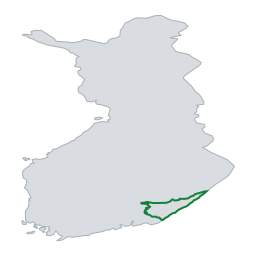 Finland, with South Karelia highlighted
{"feature_id": "FIN-3188", "entity_name": "South Karelia", "entity_type": "Province", "adm_level": 1, "iso_a3": "FIN", "parent_name": "Finland", "parent_adm1": "", "projection": "equal_earth", "projection_center": [28.093, 61.258], "detail": "fine", "context": "in_parent", "style": "outline", "palette": "green", "viewbox_px": 256, "rotation_deg": 0, "n_neighbors": 0, "source": "natural_earth", "source_scale": "10m", "svg_char_len": 5287}
<svg xmlns="http://www.w3.org/2000/svg" viewBox="0 0 256 256"><path d="M87.0,101.4L85.1,97.4L82.4,94.0L79.4,93.1L78.5,91.8L78.1,89.1L78.7,87.0L82.0,85.0L82.7,82.2L84.6,80.0L83.8,78.6L78.8,74.7L78.1,73.4L77.9,71.2L80.9,69.3L80.2,67.3L74.8,66.5L75.1,65.4L76.7,63.4L75.9,61.7L76.1,58.1L78.8,56.5L75.7,55.2L72.9,52.9L70.3,52.8L68.7,50.4L64.2,48.2L48.0,45.1L38.0,41.8L32.9,39.1L27.9,37.5L27.6,36.1L22.5,35.0L23.5,34.3L27.6,34.3L30.9,34.9L32.1,34.1L30.9,32.1L31.2,31.5L35.1,30.4L41.3,30.4L54.2,38.5L56.1,41.2L68.7,42.1L70.0,42.7L73.5,42.6L80.8,41.3L83.7,39.5L86.4,39.6L104.3,43.7L107.1,42.8L108.8,40.3L110.3,39.2L112.4,38.4L116.6,37.9L119.9,35.9L120.4,30.2L122.0,28.6L125.2,23.1L130.8,20.6L135.0,18.1L139.0,17.8L146.3,18.3L155.1,15.7L160.7,15.4L170.5,19.9L184.3,22.7L188.0,26.5L186.2,28.1L178.8,32.3L178.6,33.4L181.1,35.3L170.6,37.6L171.4,38.2L176.9,38.5L177.6,39.3L171.9,44.8L171.7,45.8L175.9,51.7L188.5,54.3L192.0,57.0L201.1,62.3L200.2,64.8L186.8,74.1L183.8,76.7L183.4,78.3L191.3,85.9L195.4,91.3L200.0,95.3L203.8,101.8L204.0,104.1L196.5,105.3L198.6,106.5L196.8,108.6L196.6,111.6L194.5,113.5L194.9,114.1L198.5,114.5L198.9,115.8L198.6,116.6L194.9,118.1L194.5,119.7L196.5,122.4L198.1,123.3L203.9,124.2L204.7,124.9L204.9,126.9L202.2,128.8L202.3,129.5L204.8,133.1L212.4,136.0L213.3,138.2L213.3,139.6L212.9,140.9L207.1,145.8L202.7,147.4L211.4,152.6L227.0,159.5L233.8,165.3L234.3,166.9L229.5,174.4L227.5,176.4L215.1,184.7L197.4,198.6L188.4,204.8L171.0,214.3L158.4,223.1L151.4,224.9L146.1,222.9L143.4,223.4L140.8,224.7L132.1,226.1L131.8,224.7L133.7,220.9L132.9,220.9L131.3,222.7L130.5,224.8L128.8,225.9L125.2,226.3L121.7,224.6L120.1,224.6L121.8,227.1L121.7,227.9L119.8,227.8L115.9,229.7L115.0,229.7L113.8,228.1L109.6,229.9L105.6,230.2L103.3,231.5L91.6,233.5L88.3,235.8L86.2,235.3L73.2,237.2L67.8,236.7L61.7,240.2L57.2,240.6L62.0,237.0L62.3,235.8L59.8,235.2L58.1,233.9L56.5,231.1L55.6,231.0L53.9,234.4L50.7,235.6L46.9,235.6L46.5,234.1L47.2,232.7L46.6,232.4L47.3,231.3L49.2,231.2L49.8,230.7L49.8,230.0L48.2,229.4L49.9,226.9L43.1,226.4L34.8,223.9L33.9,221.7L29.9,223.2L26.3,221.6L25.8,220.6L25.2,212.6L25.7,210.3L27.9,207.7L28.8,205.0L28.9,200.1L30.1,200.1L28.9,198.5L30.8,198.1L31.1,197.5L27.0,189.8L24.5,188.0L26.8,182.5L26.7,181.2L26.4,179.7L23.3,178.0L22.3,173.1L23.3,170.3L30.0,165.4L30.4,163.5L34.0,163.4L32.5,161.6L32.1,159.5L37.3,158.8L39.2,159.4L43.8,158.6L47.9,157.1L46.5,154.2L48.6,154.1L47.9,153.4L48.1,152.6L49.7,152.9L52.4,150.9L52.6,149.4L57.1,148.5L62.5,145.4L67.3,143.7L72.3,140.6L74.4,140.4L75.6,138.3L81.2,135.2L83.2,132.6L88.4,129.8L93.6,124.8L94.2,123.4L101.9,121.5L108.8,122.1L108.7,120.8L107.6,120.1L110.5,118.8L109.9,116.8L108.3,115.8L110.3,108.5L108.3,107.0L100.4,104.5L97.2,104.3L95.4,102.5L96.4,100.3L91.9,101.9L87.0,101.4ZM40.3,227.5L45.1,227.5L46.3,228.8L44.1,229.7L43.9,230.7L44.9,232.2L42.8,232.2L41.4,230.5L39.2,229.2L40.3,227.5ZM100.1,119.2L97.1,119.9L94.8,119.5L94.8,118.0L98.9,117.1L103.1,118.1L101.0,118.4L100.1,119.2ZM26.0,157.8L25.7,159.1L28.6,158.2L29.7,158.6L29.5,159.7L28.5,159.5L26.1,160.8L24.1,159.7L22.9,157.9L26.0,157.8ZM26.5,223.3L26.1,224.4L23.3,224.5L22.2,223.4L21.7,221.4L22.8,220.6L23.5,221.6L26.5,223.3ZM37.5,228.0L36.0,228.1L33.9,226.9L33.7,226.4L34.5,226.1L34.2,224.7L35.8,225.5L36.7,226.4L35.8,226.6L37.5,228.0ZM33.9,232.8L31.8,233.7L31.0,233.5L31.3,232.1L32.6,231.4L34.6,231.3L33.9,232.8ZM29.6,233.7L27.8,233.9L26.7,233.2L28.4,232.1L29.8,232.1L30.1,232.8L29.6,233.7Z" fill="#d9dde1" stroke="#a8b0b8" stroke-width="1"/><path d="M206.6,191.3L203.2,194.2L200.5,195.9L200.0,196.2L199.6,197.1L199.2,197.5L196.2,199.4L195.6,199.7L194.3,200.1L193.8,200.3L193.5,200.7L193.1,201.3L192.7,201.8L189.8,203.6L189.2,204.1L188.9,204.4L188.6,204.8L187.4,205.8L185.9,206.6L182.8,207.7L181.7,208.2L180.3,209.1L179.1,209.4L178.7,209.7L178.1,210.3L176.8,211.1L176.5,211.5L176.1,212.0L175.3,212.7L173.5,213.0L172.5,213.4L169.5,215.2L167.6,216.9L165.7,217.7L162.7,220.0L162.3,219.9L162.1,219.9L161.7,219.9L161.7,219.7L161.8,219.7L161.6,219.5L160.6,219.1L160.3,218.9L160.1,218.6L159.7,218.0L159.5,217.7L158.7,217.5L157.8,217.6L157.0,217.5L156.7,217.2L156.1,216.7L152.4,216.7L151.8,216.5L151.2,216.1L150.2,215.2L149.6,214.9L147.0,214.3L146.3,214.0L144.9,213.1L144.6,212.8L144.6,212.7L144.9,212.7L145.2,212.8L145.9,212.9L146.5,212.8L146.8,212.7L146.7,212.4L146.5,212.2L146.4,212.0L146.1,211.8L145.8,211.7L145.1,211.6L144.9,211.5L145.2,211.1L145.1,210.8L145.0,210.5L145.4,210.0L146.1,209.7L146.4,209.6L146.7,209.4L146.4,209.3L146.3,209.2L146.0,209.2L145.8,209.2L146.2,208.6L146.4,208.3L146.3,207.9L148.8,207.7L149.1,207.6L149.5,207.4L149.5,207.1L149.9,206.9L150.0,206.8L149.9,206.7L149.4,206.6L148.9,206.5L148.7,206.2L148.8,206.1L148.8,205.7L147.7,204.8L147.0,204.4L146.6,204.1L147.0,204.1L147.3,203.9L146.9,203.8L144.9,203.8L141.5,203.5L141.3,203.1L141.7,202.9L142.4,202.7L143.9,202.8L144.3,202.8L146.2,202.1L147.2,202.0L148.2,202.1L153.1,203.1L166.3,202.8L169.6,201.7L170.8,201.0L171.0,200.7L171.2,200.3L171.3,200.2L171.8,199.8L172.2,199.5L172.8,199.4L173.1,199.5L173.7,200.2L174.2,200.4L176.0,200.4L178.0,200.1L179.3,199.8L179.4,199.5L179.4,199.0L179.5,198.8L179.8,198.8L181.0,198.9L184.3,198.9L187.1,198.5L188.2,198.3L188.8,198.0L190.2,196.8L192.7,195.9L194.1,195.3L194.7,194.3L204.8,191.4L206.6,191.3L206.6,191.3Z" fill="none" stroke="#15803d" stroke-width="2"/></svg>